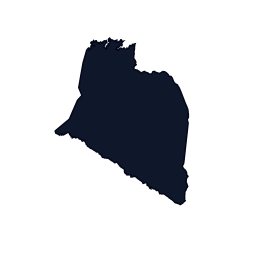 the district of Coribe, Bahia, Brazil, rotated 239°
{"feature_id": "56859067B8540016804066", "entity_name": "Coribe", "entity_type": "district", "adm_level": 2, "iso_a3": "BRA", "parent_name": "Brazil", "parent_adm1": "Bahia", "projection": "albers", "projection_center": [-44.348, -13.779], "detail": "fine", "context": "isolated", "style": "filled", "palette": "ink", "viewbox_px": 256, "rotation_deg": 239, "n_neighbors": 0, "source": "geoboundaries", "source_scale": "gbopen_adm2", "svg_char_len": 5933}
<svg xmlns="http://www.w3.org/2000/svg" viewBox="0 0 256 256"><g transform="rotate(239 128 128)"><path d="M216.3,133.5L215.9,132.6L207.1,123.2L197.5,114.8L188.8,107.3L188.0,106.6L179.6,105.3L177.8,99.1L175.1,95.3L169.4,87.3L165.8,82.4L163.0,64.3L162.4,63.8L161.6,63.7L160.7,63.5L160.0,64.1L159.0,64.6L158.2,65.6L157.3,65.5L157.5,66.3L157.1,66.9L156.3,67.1L156.4,67.9L157.0,68.5L156.4,69.0L155.7,68.6L155.3,69.3L155.4,70.2L155.8,70.8L155.2,71.3L155.3,72.2L155.3,73.1L155.2,74.2L154.4,74.7L154.0,75.4L153.3,75.4L152.6,74.7L151.4,75.0L150.3,75.1L149.7,74.8L149.3,75.3L149.0,76.3L148.2,75.5L148.1,76.5L147.6,77.6L146.5,78.0L146.5,78.9L145.5,80.4L144.7,80.7L143.7,80.6L143.1,81.3L142.2,82.1L140.9,81.9L140.1,82.4L140.1,83.4L139.9,84.6L139.0,84.2L138.0,84.2L136.9,84.2L136.1,84.0L135.1,83.8L134.3,84.3L133.2,84.0L132.5,84.4L131.8,84.8L131.1,85.1L130.2,85.3L129.4,85.9L128.6,86.6L127.0,87.2L126.0,87.7L125.2,88.3L124.1,88.5L123.3,89.1L123.2,89.8L122.5,90.4L121.8,90.5L120.7,90.0L120.1,90.6L119.4,90.7L118.7,91.1L117.7,91.2L116.9,91.0L116.0,91.1L115.2,92.0L114.4,92.5L114.1,93.2L113.4,94.0L112.7,94.8L112.6,95.7L111.4,95.9L110.4,96.4L109.3,96.8L108.4,97.1L107.9,97.8L107.2,97.9L106.3,98.3L105.2,98.6L104.9,99.2L104.8,100.0L104.7,100.7L103.7,101.1L102.7,101.2L101.4,101.4L100.1,101.5L99.2,101.6L98.6,101.9L97.9,102.0L96.9,102.5L95.4,103.5L94.4,103.4L93.7,103.4L93.0,102.9L92.3,102.5L91.1,102.2L90.3,102.6L89.6,103.1L89.0,102.7L88.3,103.0L88.0,103.8L87.4,104.6L86.8,105.7L86.1,106.3L85.5,105.8L84.6,105.3L84.2,106.0L83.8,106.5L84.0,107.2L83.5,107.7L83.1,108.6L82.9,109.7L81.9,109.6L81.1,109.9L80.3,110.2L79.3,110.5L77.5,111.3L76.6,111.6L75.9,112.2L75.1,112.3L74.1,112.7L72.8,112.4L72.4,113.4L72.5,114.5L71.9,115.0L71.4,115.7L70.8,116.1L69.8,116.4L69.9,115.3L69.0,114.9L68.4,115.3L67.7,115.9L66.7,115.9L66.0,116.4L65.6,115.7L64.9,115.8L64.1,116.4L64.7,116.7L65.2,117.4L64.5,118.0L63.7,118.2L63.0,118.3L62.5,118.9L61.9,119.6L61.0,120.0L59.8,120.2L59.4,121.0L59.0,121.6L58.2,122.0L57.2,121.7L56.3,121.6L55.4,121.4L54.8,122.4L54.0,123.1L53.6,124.0L53.3,124.8L52.3,125.2L51.3,125.7L50.3,126.0L49.4,126.5L48.7,126.9L47.7,127.3L46.6,127.4L45.9,128.1L44.9,128.2L43.9,128.9L43.0,129.1L42.2,129.4L41.3,129.7L40.4,129.7L39.5,130.1L39.2,130.8L38.2,131.3L37.6,132.0L36.9,132.6L36.2,132.9L35.5,133.3L35.4,134.2L35.5,135.1L35.4,136.1L35.8,136.8L36.0,137.8L36.0,138.8L36.3,139.6L37.3,139.4L37.9,139.9L38.4,140.3L39.1,140.6L39.7,141.0L40.8,141.6L41.7,142.4L42.6,142.9L43.2,143.3L43.9,143.8L44.5,144.5L44.8,145.5L45.5,146.2L46.2,147.1L46.6,148.0L47.0,148.9L47.8,149.2L48.6,149.4L49.4,149.3L50.3,149.8L51.2,149.8L52.1,150.1L52.8,150.8L53.5,151.1L54.1,151.6L54.6,152.2L55.1,152.9L55.5,153.8L55.7,154.5L56.6,154.4L57.7,154.2L58.7,154.6L59.3,155.1L60.3,155.3L61.2,155.4L62.0,155.3L62.9,155.2L63.7,154.9L64.6,154.7L65.8,154.6L66.7,154.8L67.4,155.1L68.1,155.7L68.4,156.6L69.3,157.7L70.8,158.9L73.7,161.1L83.3,168.4L93.0,175.8L100.9,181.8L101.8,182.3L102.5,182.4L104.0,182.9L105.0,183.4L105.5,184.4L106.1,185.2L106.9,185.8L107.9,186.3L108.7,186.8L109.5,187.2L110.3,187.4L111.0,187.9L111.7,188.1L112.4,188.6L116.4,189.4L118.9,189.7L120.3,189.9L121.5,190.1L122.5,190.3L133.0,192.1L133.9,192.2L136.3,192.5L137.1,192.5L138.2,192.4L139.4,192.5L140.2,192.2L141.2,191.5L142.5,191.0L144.1,190.9L146.5,191.3L147.2,191.5L148.3,191.6L149.4,191.5L150.1,191.3L150.6,190.7L151.3,189.9L152.0,189.7L153.2,189.9L154.4,189.6L155.8,189.2L157.1,188.5L157.9,187.7L158.4,186.9L158.5,186.0L158.3,185.0L158.5,183.8L158.8,182.6L159.6,182.0L160.6,181.3L161.0,180.7L161.8,180.2L162.5,180.1L163.2,179.3L163.4,178.3L162.9,177.6L162.5,176.9L162.2,176.1L162.6,175.1L163.0,174.1L164.0,173.8L164.9,173.4L165.6,172.9L166.4,172.0L167.5,171.5L168.1,171.1L168.2,170.0L168.4,168.8L167.8,167.9L168.4,167.4L169.4,167.2L170.6,166.8L171.5,166.3L172.3,166.0L173.1,165.5L173.7,164.6L174.6,163.9L175.9,163.5L176.9,164.0L177.3,165.0L178.2,165.9L177.8,166.8L178.2,167.6L179.1,167.3L179.7,167.7L180.1,168.4L181.1,168.8L181.8,168.9L182.8,168.9L183.6,168.5L184.7,168.9L185.6,169.1L186.4,169.8L187.3,170.5L188.1,171.1L188.8,171.8L189.6,171.9L190.6,172.5L191.1,173.1L191.6,173.4L192.1,174.0L193.0,174.6L193.8,175.0L194.6,175.7L195.2,176.2L195.9,176.6L196.5,177.4L196.7,176.7L196.8,176.0L197.3,174.9L196.3,174.6L196.1,173.9L196.7,173.6L197.2,173.0L197.7,172.1L197.1,170.9L196.3,170.3L195.7,169.9L196.2,169.5L196.0,168.7L197.0,168.3L196.4,167.5L196.7,166.7L197.2,166.3L197.7,165.7L198.5,165.9L198.8,165.2L198.4,164.3L199.0,163.4L200.0,163.2L200.5,162.4L200.2,161.3L199.8,160.6L200.2,159.8L200.3,159.0L201.4,159.2L201.8,158.5L202.2,159.3L202.7,160.4L201.9,160.8L202.3,161.8L202.4,162.9L202.9,163.5L202.9,164.2L202.2,164.5L201.7,165.0L202.2,165.7L202.9,166.0L203.9,166.3L204.5,167.3L204.8,168.6L205.2,167.5L206.1,167.7L207.0,167.7L207.3,167.1L206.6,166.4L206.7,165.5L206.8,164.7L206.2,164.1L206.7,163.3L207.6,163.0L208.4,163.3L209.0,163.7L209.3,162.6L209.5,161.6L208.8,161.1L209.9,160.6L210.6,160.4L211.4,160.0L211.8,159.4L212.5,159.0L212.9,158.3L213.8,158.7L214.5,158.5L214.3,157.5L214.0,156.8L213.1,156.5L212.3,156.1L211.7,157.0L210.7,156.8L210.2,156.1L210.4,155.1L210.3,154.1L208.9,153.8L209.2,153.1L208.6,152.6L209.2,152.1L208.7,151.1L207.9,150.7L207.1,150.7L206.9,150.0L207.8,149.7L208.6,149.3L209.7,149.0L210.4,149.3L210.7,150.4L211.3,150.9L211.9,151.8L212.2,153.2L212.4,154.1L214.1,154.4L214.2,153.5L214.8,152.8L214.9,152.1L214.7,151.1L213.8,150.0L214.8,150.0L214.9,149.0L215.8,148.8L215.8,148.0L215.1,147.4L215.1,146.7L215.8,146.9L216.6,146.6L216.6,145.6L217.7,145.6L219.0,145.8L219.4,145.0L219.1,144.3L218.7,143.4L219.7,143.6L220.6,143.6L220.3,142.8L219.9,142.0L220.6,141.1L220.4,140.2L219.7,139.9L219.0,140.6L217.9,139.9L217.6,139.0L217.2,138.3L216.4,138.0L215.5,137.7L215.5,136.5L214.7,135.6L214.9,134.6L215.7,135.2L216.4,136.0L216.9,135.3L216.6,134.4L216.3,133.5ZM217.2,140.4L216.5,140.9L216.2,141.6L215.4,141.6L215.4,140.6L216.1,140.3L217.2,140.4Z" fill="#0f172a" stroke="#020617" stroke-width="1.5"/></g></svg>